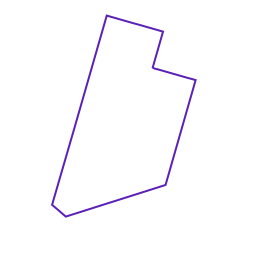 the District of Ghanzi, rotated 106°
{"feature_id": "BWA-1191", "entity_name": "Ghanzi", "entity_type": "District", "adm_level": 1, "iso_a3": "BWA", "parent_name": "Botswana", "parent_adm1": "", "projection": "natural_earth1", "projection_center": [20.983, -22.159], "detail": "fine", "context": "isolated", "style": "outline", "palette": "violet", "viewbox_px": 256, "rotation_deg": 106, "n_neighbors": 0, "source": "natural_earth", "source_scale": "10m", "svg_char_len": 598}
<svg xmlns="http://www.w3.org/2000/svg" viewBox="0 0 256 256"><g transform="rotate(106 128 128)"><path d="M25.8,179.4L25.8,174.7L25.8,167.0L25.8,159.3L25.8,151.6L25.7,144.9L25.7,138.2L25.7,131.5L25.7,124.7L25.7,120.9L34.5,120.9L43.3,120.9L52.0,120.9L60.8,120.9L63.0,120.9L63.5,119.3L63.5,117.4L63.4,114.8L63.4,112.3L63.4,109.7L63.4,107.1L63.4,104.5L63.4,102.0L63.4,99.4L63.4,96.8L63.4,94.2L63.4,91.7L63.4,89.1L63.4,86.5L63.4,83.9L63.3,81.4L63.3,78.8L63.3,76.2L64.0,76.2L172.4,76.2L230.3,163.4L222.8,179.8L141.0,179.5L26.6,179.4L25.8,179.4Z" fill="none" stroke="#5b21b6" stroke-width="2"/></g></svg>